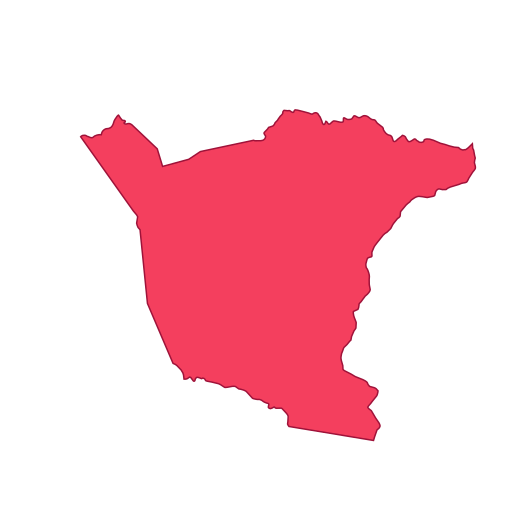 the district of San Juan de Opoa, Copán, Honduras, rotated 12°
{"feature_id": "27666195B15597094221722", "entity_name": "San Juan de Opoa", "entity_type": "district", "adm_level": 2, "iso_a3": "HND", "parent_name": "Honduras", "parent_adm1": "Copán", "projection": "mercator", "projection_center": [-88.695, 14.809], "detail": "fine", "context": "isolated", "style": "filled", "palette": "rose", "viewbox_px": 512, "rotation_deg": 12, "n_neighbors": 0, "source": "geoboundaries", "source_scale": "gbopen_adm2", "svg_char_len": 6105}
<svg xmlns="http://www.w3.org/2000/svg" viewBox="0 0 512 512"><g transform="rotate(12 256 256)"><path d="M409.3,412.0L409.6,408.3L410.5,401.1L410.8,400.5L411.8,399.4L412.4,398.2L412.7,397.0L412.5,395.9L411.9,394.9L411.0,393.7L406.7,389.6L401.4,383.8L400.9,383.3L398.4,382.1L396.9,381.0L396.8,380.7L396.8,380.3L397.3,379.1L398.9,376.3L399.9,374.1L402.8,368.4L403.2,367.5L403.4,366.6L403.5,365.1L403.5,363.4L403.3,362.4L402.5,361.9L401.2,360.9L400.0,360.4L399.0,360.2L395.3,360.0L394.2,359.9L392.3,358.4L391.3,356.9L390.8,356.4L389.9,355.9L388.7,355.4L386.2,354.7L378.1,353.3L373.8,351.8L366.4,349.8L365.3,349.3L364.9,349.0L364.6,348.6L364.2,347.1L363.7,345.2L361.2,340.5L360.3,338.2L360.1,336.6L360.0,333.6L360.5,330.7L360.8,328.0L361.1,327.1L363.4,323.7L365.4,319.8L366.3,318.6L366.3,317.2L366.2,315.1L366.3,314.4L367.4,308.9L368.4,306.6L368.7,305.7L368.0,301.2L367.8,300.2L367.4,299.5L365.1,296.0L364.0,294.1L363.1,291.8L362.8,290.5L362.8,290.2L363.3,289.6L366.8,287.0L367.1,285.2L367.0,283.1L366.8,281.8L366.9,281.2L367.4,280.2L368.2,279.0L371.1,272.6L372.9,270.2L373.9,268.4L374.5,267.0L374.7,265.7L374.7,265.2L374.4,264.4L373.0,261.1L372.6,259.9L371.6,255.5L371.2,252.6L370.7,251.0L369.9,249.3L368.6,247.1L367.5,245.6L366.3,244.5L365.5,242.6L365.2,241.4L365.1,240.4L365.3,236.4L365.5,235.3L366.0,234.5L367.4,233.6L368.9,232.9L369.3,232.4L369.4,231.8L368.7,228.9L368.6,227.9L369.6,222.7L370.2,221.0L371.9,217.4L376.0,209.2L377.5,207.1L379.1,205.6L382.1,201.1L383.2,197.0L383.9,195.3L386.6,190.0L387.9,188.6L388.6,187.3L388.6,186.6L388.2,182.6L392.1,175.1L393.5,173.1L395.2,171.1L395.9,169.6L396.5,168.7L399.2,165.9L400.8,164.7L402.0,164.1L402.8,163.8L406.3,163.4L411.3,163.2L416.8,160.8L417.7,160.2L418.2,159.6L418.4,155.9L418.5,155.3L419.3,153.7L420.4,152.6L421.0,152.3L424.6,152.3L426.4,151.9L428.0,151.5L428.4,151.2L429.0,150.3L430.0,149.4L431.8,148.1L439.9,143.6L441.8,142.3L443.0,141.7L445.5,140.7L446.4,140.1L446.9,139.5L447.4,138.1L448.0,135.6L450.0,130.2L450.7,128.5L451.5,127.0L452.1,125.6L452.3,124.9L452.3,124.2L451.9,122.7L450.2,119.3L450.0,116.6L450.1,114.9L449.9,114.2L449.0,112.4L446.8,107.1L445.6,105.6L444.3,101.2L441.2,105.9L439.5,107.9L438.7,108.5L437.7,108.7L436.4,109.3L435.8,109.3L434.8,109.1L433.9,109.1L431.9,108.0L431.4,107.8L427.3,108.3L422.2,108.1L417.6,107.6L413.0,107.4L405.5,105.9L401.6,105.6L398.8,106.0L397.2,106.7L396.7,107.1L396.4,107.5L396.3,107.9L396.3,108.8L396.0,109.4L395.2,110.0L394.4,110.4L392.9,110.7L392.1,110.7L390.8,110.1L389.2,109.6L387.8,108.6L386.9,108.5L386.3,108.8L384.7,110.5L383.2,111.8L382.4,112.2L381.9,112.4L381.1,112.2L380.0,111.3L378.6,110.0L377.8,108.9L377.2,108.3L375.8,107.7L374.3,107.5L374.0,107.7L373.4,108.7L370.5,112.1L368.9,114.4L368.2,115.0L367.4,115.3L366.8,115.2L366.2,114.7L364.7,112.1L364.1,111.2L363.4,110.6L362.1,110.1L360.5,110.1L359.7,109.9L358.6,109.5L357.6,109.0L356.0,107.7L355.1,106.8L354.4,106.0L353.9,104.7L353.1,103.8L351.9,103.2L347.1,100.9L346.1,100.1L345.1,99.1L344.2,98.4L343.2,98.2L341.5,98.4L340.7,98.3L339.2,97.8L336.6,96.5L335.1,96.1L333.3,96.1L332.0,96.5L331.3,97.0L329.1,98.9L328.3,99.2L327.4,99.3L326.7,99.2L324.1,98.4L323.3,98.4L322.8,98.5L322.5,98.9L321.2,101.9L320.3,102.5L319.0,103.0L317.8,103.3L316.8,103.4L316.0,103.2L314.4,102.7L313.5,102.5L313.2,102.6L313.0,102.8L312.9,103.1L313.4,106.0L313.3,106.5L313.0,106.9L312.4,107.2L310.9,107.6L306.0,107.5L304.0,107.7L303.0,108.5L300.9,111.4L300.1,111.9L299.8,111.9L299.3,111.7L298.5,111.1L297.3,110.0L296.4,109.7L296.3,110.0L295.8,112.6L295.5,113.0L295.0,113.3L294.2,113.0L293.3,112.1L293.0,111.6L292.4,110.4L289.8,106.7L288.4,105.5L287.0,104.0L285.9,103.5L284.8,103.4L283.8,103.7L282.5,104.5L281.9,105.3L281.1,105.6L279.5,105.5L277.8,105.2L272.2,104.9L266.4,104.7L264.2,104.9L263.8,105.0L263.5,105.4L263.2,106.0L263.0,107.2L262.7,107.6L262.3,107.9L260.5,107.6L259.5,107.1L258.6,106.8L258.0,106.9L256.9,107.3L253.2,107.7L252.9,108.0L252.4,109.1L252.3,109.7L252.5,110.7L252.4,111.3L251.8,112.6L250.7,114.2L249.4,117.1L248.8,118.8L247.0,121.6L246.6,123.4L246.1,124.4L245.4,125.4L241.6,127.6L240.9,129.4L238.4,133.4L238.3,134.0L238.4,134.5L239.3,135.6L240.4,136.6L240.6,137.7L240.5,138.6L240.2,139.6L239.5,140.6L238.8,141.3L237.8,141.8L236.5,142.3L234.1,142.8L231.6,143.4L230.8,143.5L229.6,143.3L179.9,165.4L170.1,175.4L146.0,187.8L137.1,171.7L107.2,153.4L105.7,152.9L104.6,152.8L103.2,153.1L101.4,154.0L100.5,154.0L99.7,153.8L99.4,153.5L99.3,153.1L99.5,152.7L99.9,152.4L100.2,152.0L100.2,151.6L99.9,151.1L99.5,150.9L99.0,150.8L97.6,151.0L96.7,150.8L94.7,149.2L92.6,147.1L92.2,146.8L91.9,147.0L91.1,148.2L89.7,151.6L89.2,153.3L88.8,157.0L88.3,158.6L87.9,159.5L87.2,160.5L86.2,161.3L85.3,161.9L82.9,162.7L81.9,163.4L81.0,164.3L80.3,165.3L79.7,166.7L79.5,168.0L79.5,169.5L77.2,170.0L75.3,170.8L73.2,172.2L71.7,174.0L71.0,174.4L70.2,174.5L68.9,174.5L67.3,174.1L66.3,174.1L64.5,173.5L63.4,173.5L62.3,173.8L61.2,174.2L60.3,175.0L59.8,175.6L59.7,175.8L126.7,237.5L130.7,240.6L132.1,242.2L132.4,248.7L133.4,250.7L134.7,252.6L137.1,254.4L159.7,325.0L197.2,378.3L199.6,378.8L201.4,379.6L206.4,383.0L208.8,385.6L209.8,387.4L211.2,391.4L213.0,391.0L214.4,390.2L216.1,388.3L217.3,388.3L220.5,391.1L221.3,391.4L221.9,391.1L222.2,390.1L222.2,388.8L223.0,387.3L223.2,387.1L224.0,386.8L225.0,386.8L226.7,387.0L228.1,387.3L228.5,387.2L229.0,386.6L229.7,386.5L230.5,386.6L231.1,386.8L231.9,387.4L232.5,388.2L233.1,388.5L234.6,388.6L238.7,388.5L245.9,388.7L248.0,389.2L252.6,391.0L253.6,390.9L255.1,390.4L260.0,388.4L261.2,388.1L262.5,387.9L263.2,388.0L266.9,389.6L268.7,389.5L271.7,389.7L273.1,390.0L274.2,390.3L275.5,391.1L282.2,395.9L283.6,396.1L286.0,396.1L287.3,396.0L289.0,395.6L290.3,395.7L291.7,396.0L293.4,396.8L294.6,397.2L296.7,397.6L298.3,397.7L298.9,397.8L299.2,398.1L299.4,398.6L299.4,400.6L299.5,401.4L300.0,401.9L300.7,402.2L301.7,402.3L302.2,402.1L303.5,401.3L304.6,400.3L305.1,400.0L305.6,400.0L306.4,400.6L307.0,400.7L307.9,400.6L311.7,399.7L312.6,399.6L313.2,399.8L317.9,403.1L319.6,404.5L320.4,405.4L320.7,406.0L320.9,406.7L321.6,411.3L321.8,413.7L322.0,414.1L322.6,414.9L323.7,415.9L409.3,412.0Z" fill="#f43f5e" stroke="#9f1239" stroke-width="1.5"/></g></svg>